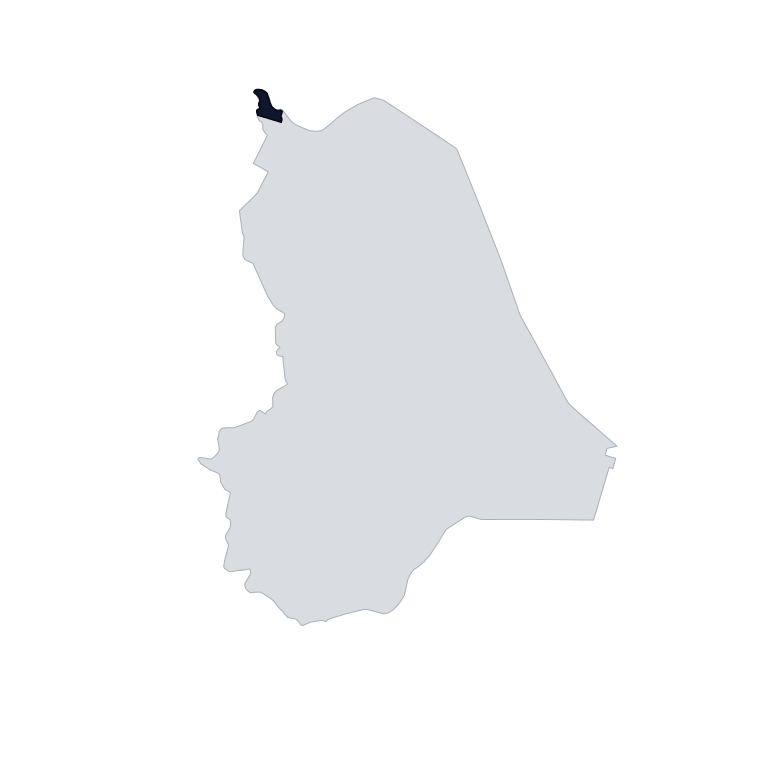 Al-Faw, Al-Basrah, Iraq (highlighted), rotated 207°
{"feature_id": "34846034B64994125853328", "entity_name": "Al-Faw", "entity_type": "district", "adm_level": 2, "iso_a3": "IRQ", "parent_name": "Iraq", "parent_adm1": "Al-Basrah", "projection": "albers", "projection_center": [48.282, 30.044], "detail": "fine", "context": "in_parent", "style": "filled", "palette": "ink", "viewbox_px": 768, "rotation_deg": 207, "n_neighbors": 0, "source": "geoboundaries", "source_scale": "gbopen_adm2", "svg_char_len": 4277}
<svg xmlns="http://www.w3.org/2000/svg" viewBox="0 0 768 768"><g transform="rotate(207 384 384)"><path d="M327.6,146.1L332.3,145.1L341.4,138.4L346.8,131.9L348.5,131.4L352.9,133.8L356.1,134.5L363.8,132.3L368.2,133.9L371.9,135.8L374.0,136.0L383.9,140.6L386.4,141.2L391.6,141.9L399.4,142.5L404.5,139.9L408.2,137.4L410.6,137.6L413.0,138.3L415.0,139.5L416.7,141.5L417.4,144.4L416.7,153.4L417.4,155.8L418.7,157.5L420.4,157.9L422.6,156.0L426.4,153.3L431.1,150.4L434.6,147.6L436.5,146.6L439.6,146.9L442.6,147.4L444.2,148.9L444.2,149.3L445.7,153.6L449.2,169.6L451.4,171.6L454.0,173.4L455.7,175.8L456.4,178.2L456.1,181.8L456.0,186.1L457.0,189.4L458.4,191.9L459.8,193.2L461.9,193.4L464.4,194.1L466.0,196.6L470.9,214.8L471.4,217.1L473.6,218.0L477.4,217.7L481.1,219.7L485.2,222.7L488.9,228.3L491.5,229.2L499.6,228.6L510.7,229.7L515.8,232.6L515.3,234.4L511.2,236.3L504.1,238.4L502.0,242.3L500.7,247.3L500.8,250.1L502.5,253.3L507.4,259.6L507.6,261.8L508.5,265.0L509.4,267.1L508.2,271.2L503.6,274.0L497.6,277.0L485.2,290.5L484.3,293.5L484.2,301.7L482.9,304.0L479.1,303.9L476.1,303.4L475.9,306.2L473.9,310.0L472.7,313.3L477.0,321.2L477.7,325.4L476.9,329.2L472.6,335.6L470.0,339.9L470.6,340.9L473.8,342.8L483.5,357.4L486.6,362.5L490.9,361.3L492.5,361.4L493.7,362.2L494.5,363.9L494.4,366.1L493.3,369.3L498.7,370.7L500.6,374.0L506.7,385.4L506.4,388.7L503.3,393.9L503.2,397.4L503.8,400.6L504.7,401.7L514.1,402.3L518.1,403.7L527.8,409.6L538.8,418.5L547.8,425.8L555.5,432.0L563.9,431.7L566.1,432.8L568.2,434.7L570.6,439.8L575.3,451.2L579.3,455.0L585.6,464.2L591.5,472.8L587.5,484.4L583.6,496.5L583.5,512.1L583.5,520.5L591.6,520.9L600.6,521.3L600.6,531.4L600.7,541.4L600.8,552.9L603.4,553.4L607.6,555.9L609.5,559.6L611.7,561.7L614.5,562.0L617.2,563.8L619.9,567.2L620.9,569.7L620.1,571.4L620.7,574.4L622.6,578.8L624.9,580.8L628.4,583.3L623.6,584.7L618.4,583.6L607.3,578.6L603.7,578.4L599.0,580.3L598.8,582.1L587.1,576.4L582.8,575.2L581.3,575.1L574.6,575.1L565.0,576.0L559.4,578.3L555.4,580.7L553.6,583.1L553.0,584.3L549.8,591.4L546.2,600.4L542.4,608.5L535.1,619.9L531.1,625.1L522.4,634.8L513.1,636.6L491.7,634.3L468.0,631.6L444.5,628.9L426.9,626.7L425.6,626.2L408.7,611.6L395.4,600.0L378.9,585.5L362.1,570.6L345.1,555.5L332.9,544.5L318.1,530.3L304.7,517.4L294.1,507.2L280.5,498.0L269.8,490.8L254.3,480.2L241.9,471.8L231.4,464.5L215.2,453.3L209.8,450.1L192.6,445.5L176.3,441.5L159.4,437.2L148.2,434.3L156.3,427.7L154.5,421.1L148.9,421.9L143.8,423.0L141.6,412.7L145.5,411.8L143.0,398.5L140.5,384.7L138.0,371.5L135.5,357.9L150.4,350.5L161.6,345.0L177.1,337.3L192.0,329.8L206.2,322.6L221.8,314.6L235.7,307.5L248.2,305.0L250.9,302.6L257.2,292.0L262.5,282.9L262.9,280.7L263.7,267.4L265.5,251.8L267.6,243.6L270.8,236.4L273.6,231.1L274.2,226.1L274.1,221.0L272.0,213.1L269.9,204.9L270.6,197.2L271.4,193.0L273.5,186.5L276.6,181.8L279.8,179.0L291.4,176.6L298.2,175.1L307.7,167.1L313.3,162.3L321.2,154.6L327.0,148.9L327.5,146.9L327.6,146.1Z" fill="#d9dde1" stroke="#a8b0b8" stroke-width="1"/><path d="M594.4,570.5L594.5,570.9L594.6,571.6L594.9,572.9L595.4,573.9L595.9,574.5L596.6,574.9L597.4,575.9L597.7,576.7L597.9,578.1L597.9,578.7L598.1,579.3L598.3,580.1L598.5,580.7L599.5,581.0L600.3,581.3L600.6,581.3L600.8,581.1L601.3,580.6L601.8,580.1L602.4,579.9L603.0,579.5L603.8,579.3L604.2,579.2L605.2,579.2L606.4,579.3L607.9,579.7L609.1,579.9L609.7,580.2L610.8,580.9L611.7,581.7L613.0,582.8L614.6,584.5L616.4,586.3L618.2,588.0L619.5,589.2L620.0,589.8L620.6,590.1L621.9,590.4L623.1,590.7L624.6,590.6L626.2,590.6L627.7,590.1L629.5,589.5L631.5,588.3L632.2,587.4L632.4,586.7L632.5,585.9L632.5,585.4L632.2,584.7L631.4,584.5L630.3,584.2L629.2,584.0L628.7,583.9L627.7,583.6L626.9,583.2L625.9,582.8L625.3,582.3L624.4,581.7L624.0,581.3L623.9,581.2L623.3,580.6L623.2,580.0L623.1,579.3L623.1,578.4L623.0,577.5L622.8,576.7L622.5,576.1L622.2,575.6L621.7,575.2L621.2,574.8L620.5,574.2L620.2,573.7L619.9,573.4L619.9,573.2L620.1,572.7L620.4,572.2L620.9,571.6L621.0,571.4L621.2,571.2L621.4,571.0L621.5,570.6L621.5,569.9L621.2,569.1L620.6,568.3L619.8,567.4L618.9,566.6L618.6,566.2L618.2,566.2L617.7,566.3L616.9,566.5L615.2,566.7L614.0,567.1L612.7,567.1L610.7,567.6L609.1,568.0L607.4,568.1L605.9,568.5L604.3,568.8L602.1,569.1L600.4,569.5L598.9,569.8L597.2,570.0L594.4,570.5Z" fill="#0f172a" stroke="#020617" stroke-width="1.5"/></g></svg>